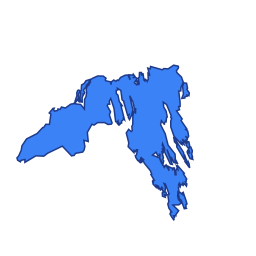 Lindås nor, Hordaland, Norway (Albers equal-area conic projection), rotated 206°
{"feature_id": "86288312B23917972553599", "entity_name": "Lindås nor", "entity_type": "district", "adm_level": 2, "iso_a3": "NOR", "parent_name": "Norway", "parent_adm1": "Hordaland", "projection": "albers", "projection_center": [5.308, 60.697], "detail": "fine", "context": "isolated", "style": "filled", "palette": "blue", "viewbox_px": 256, "rotation_deg": 206, "n_neighbors": 0, "source": "geoboundaries", "source_scale": "gbopen_adm2", "svg_char_len": 5802}
<svg xmlns="http://www.w3.org/2000/svg" viewBox="0 0 256 256"><g transform="rotate(206 128 128)"><path d="M74.6,152.9L83.6,158.0L83.3,159.9L91.9,164.7L89.7,167.0L91.9,169.4L90.6,170.2L92.5,174.0L98.6,183.4L96.8,184.5L98.2,187.8L98.4,193.4L102.3,197.2L108.5,199.3L109.5,200.6L109.0,204.2L109.9,205.6L114.5,204.5L117.9,198.7L121.9,197.1L122.6,195.4L134.7,193.2L133.9,190.9L136.5,190.5L131.3,184.6L133.9,185.7L130.9,180.2L131.6,179.2L131.3,178.3L133.6,179.5L134.1,179.3L133.6,177.7L134.6,178.0L138.2,183.3L139.2,183.2L138.8,181.0L140.4,183.7L142.0,182.9L140.2,178.7L140.6,177.2L137.4,172.7L137.3,171.2L139.6,175.5L140.1,174.2L139.3,173.5L139.1,170.7L142.1,171.5L141.7,173.8L139.8,173.1L140.2,174.2L141.9,173.8L141.4,176.7L144.1,176.7L145.7,175.1L144.4,177.4L146.9,178.7L146.8,177.7L150.4,176.2L147.2,172.2L151.3,175.6L153.7,174.2L156.9,170.1L157.4,166.6L158.6,166.5L159.4,164.7L161.8,164.9L163.3,162.0L162.1,159.5L164.1,161.8L168.7,160.7L169.5,161.2L169.6,163.1L173.0,163.8L178.0,161.5L181.7,157.1L182.9,154.4L182.0,153.1L182.1,149.4L183.0,147.3L182.5,144.2L180.7,141.7L179.5,137.7L179.6,134.7L175.5,125.9L180.9,128.4L185.6,126.7L186.7,128.0L187.4,126.6L186.2,126.8L189.8,124.5L193.1,118.5L197.0,117.7L197.2,115.0L199.3,114.4L198.9,113.0L201.5,110.9L203.0,111.9L203.0,113.4L204.0,112.7L205.4,107.0L203.4,106.7L200.2,96.8L203.5,95.3L204.0,91.6L204.9,90.9L207.3,83.1L214.4,73.7L215.5,65.6L214.2,61.1L214.0,55.0L214.7,52.4L213.1,50.7L209.9,50.4L209.9,52.1L206.8,54.5L205.6,51.9L198.6,62.6L191.3,65.8L189.1,70.2L179.1,82.9L166.5,78.2L164.4,79.8L164.1,82.2L158.2,86.5L157.8,88.9L158.6,92.4L162.3,97.6L157.8,98.4L162.6,106.2L162.1,115.5L159.8,115.7L157.7,119.5L151.5,122.6L147.5,122.4L144.7,124.1L144.5,125.6L150.5,131.6L150.8,134.9L156.4,138.8L156.5,140.6L154.9,141.4L156.6,144.0L156.4,146.9L149.2,139.5L141.9,128.3L140.4,128.4L140.1,130.0L138.7,128.0L140.1,128.4L139.7,127.5L137.4,126.6L136.8,127.8L137.4,128.6L135.9,129.6L136.8,131.4L135.8,133.5L136.2,134.4L134.8,133.9L145.6,146.8L143.6,145.1L142.9,145.5L147.5,148.0L151.5,153.2L153.6,153.8L155.1,156.7L153.8,157.9L154.8,159.0L150.9,158.6L145.7,150.8L142.9,150.1L143.8,150.2L133.9,139.2L133.0,140.6L132.3,137.5L130.3,136.2L130.4,141.0L131.6,146.5L140.7,157.8L134.9,153.5L129.3,146.3L129.8,149.3L127.9,144.9L129.9,145.3L129.0,141.1L125.3,133.4L125.2,131.0L123.0,127.5L123.6,126.2L126.8,127.1L127.4,122.8L120.8,115.0L119.7,111.3L111.8,108.4L112.7,110.5L110.9,110.0L110.9,112.2L109.9,112.6L108.6,107.6L109.3,106.3L107.9,104.8L104.9,103.0L103.4,104.0L103.4,102.7L101.6,102.2L101.2,102.9L102.9,103.9L103.1,105.3L100.6,103.5L100.6,104.7L101.9,105.1L100.5,105.1L103.1,106.7L103.8,107.4L100.7,106.5L101.2,106.3L97.9,103.5L89.1,99.4L86.5,96.9L87.0,96.2L81.5,92.5L82.2,92.1L81.7,91.0L82.6,91.5L82.7,91.1L80.8,88.5L76.2,86.8L75.3,87.2L77.4,89.0L75.5,89.1L75.1,87.3L74.1,86.8L74.1,88.1L71.8,86.5L71.3,87.7L71.9,87.9L71.7,89.6L70.4,88.8L70.3,87.4L68.5,86.8L68.8,84.8L67.1,81.8L64.2,82.1L66.0,84.1L64.2,84.0L64.3,85.4L65.8,86.9L67.5,86.2L67.1,87.9L68.6,91.6L71.3,93.9L69.9,94.0L62.1,86.6L63.0,85.5L59.1,79.8L58.9,77.1L55.9,73.7L52.0,71.7L52.9,71.1L52.1,69.4L53.1,69.5L49.9,67.3L46.7,65.5L46.5,65.8L47.4,66.4L47.0,68.0L48.5,69.1L46.4,70.0L47.0,71.1L46.2,75.9L53.9,78.4L48.6,81.3L47.1,84.1L51.1,85.7L53.4,88.3L55.1,92.6L54.4,92.4L54.9,94.3L56.7,96.7L56.1,97.6L56.6,98.9L57.6,98.8L57.7,100.7L55.4,98.4L55.8,100.6L54.5,100.6L54.5,102.5L53.2,100.9L52.8,102.7L50.0,101.4L50.6,103.6L52.9,104.7L52.3,105.8L53.1,106.7L52.8,107.8L58.1,111.1L57.6,112.0L66.6,115.8L66.2,114.8L67.6,115.2L64.9,112.4L66.3,112.7L66.3,110.4L64.3,107.0L65.1,106.6L68.7,112.4L69.9,111.9L69.2,109.4L70.3,111.2L74.5,111.1L72.5,107.4L75.6,111.3L76.1,111.1L75.8,110.0L76.7,110.8L76.4,109.7L77.7,111.3L78.3,110.6L78.2,108.5L83.4,111.9L86.7,114.9L94.1,114.3L92.3,118.5L88.9,116.1L87.5,117.0L88.5,118.8L87.5,118.0L86.4,114.8L80.7,110.8L81.5,114.1L83.7,115.4L83.0,115.2L83.1,116.8L87.8,122.3L85.6,120.8L85.7,122.4L88.0,124.3L87.4,124.8L87.8,126.0L89.8,127.8L90.1,129.1L86.4,125.8L85.9,125.1L86.8,125.2L84.9,122.8L74.2,114.2L72.2,114.7L83.7,125.8L74.8,118.1L73.6,118.0L76.6,121.0L71.8,117.1L69.7,117.5L71.6,119.6L70.8,119.7L67.4,117.5L71.7,120.6L74.3,125.2L84.5,130.2L92.1,139.2L100.1,145.2L101.2,149.2L96.5,147.0L97.3,147.7L97.3,150.2L96.5,150.3L97.9,154.1L97.5,155.1L101.2,159.9L105.1,162.5L107.6,166.7L103.6,166.0L94.8,158.2L94.1,156.1L92.9,155.8L92.7,153.1L90.0,147.7L83.1,140.8L73.4,136.9L72.2,136.8L73.9,138.7L70.4,137.8L74.3,142.0L69.9,139.8L71.1,142.3L69.9,142.8L69.8,144.2L72.9,146.0L70.1,144.8L69.9,147.2L72.9,151.4L75.5,152.0L74.6,152.9ZM182.7,130.5L180.5,131.2L182.6,135.3L182.6,138.3L183.3,138.9L182.4,139.5L182.5,140.9L184.7,142.6L183.6,147.3L184.2,148.1L183.1,151.0L183.5,154.9L186.5,152.1L186.9,148.8L188.6,146.3L186.6,141.3L186.7,138.9L185.9,138.7L184.0,132.9L185.1,130.8L183.4,130.2L183.1,132.3L182.3,131.5L182.7,130.5ZM42.0,80.1L40.5,81.2L41.7,81.5L41.0,82.0L42.4,84.6L41.7,85.6L44.1,88.3L50.2,94.4L50.9,93.1L50.1,92.2L53.8,93.1L53.7,90.7L50.7,86.8L48.7,86.5L42.0,80.1ZM87.4,183.7L88.3,186.4L92.1,188.6L91.9,189.9L95.0,193.9L97.8,193.0L97.1,189.2L93.1,182.9L92.6,178.2L90.1,179.8L90.4,181.2L88.8,182.5L89.4,183.4L87.4,183.7ZM58.8,127.7L56.0,128.2L58.3,130.3L56.8,129.7L59.2,132.4L60.2,135.8L63.2,138.4L63.9,137.9L67.2,142.2L69.2,142.0L69.0,140.4L67.8,141.1L69.0,139.8L68.4,138.3L65.7,136.6L64.1,137.6L64.4,135.7L61.1,132.2L64.5,133.8L64.4,132.4L62.7,131.1L63.7,131.6L58.8,127.7ZM64.1,124.7L63.8,125.8L67.5,130.5L83.1,140.0L80.1,136.0L77.5,136.2L79.1,135.6L76.2,134.5L76.7,133.8L75.8,132.3L64.1,124.7ZM186.2,128.9L185.6,133.3L187.3,136.8L187.3,140.1L188.8,140.6L189.7,139.6L189.4,136.9L188.1,134.8L187.4,128.9L186.2,128.9ZM62.2,122.8L55.1,119.2L57.5,122.7L58.9,123.9L58.5,122.8L59.4,122.7L65.7,129.0L62.5,125.5L63.1,125.2L62.2,122.8Z" fill="#3b82f6" stroke="#1e3a8a" stroke-width="1.5"/></g></svg>